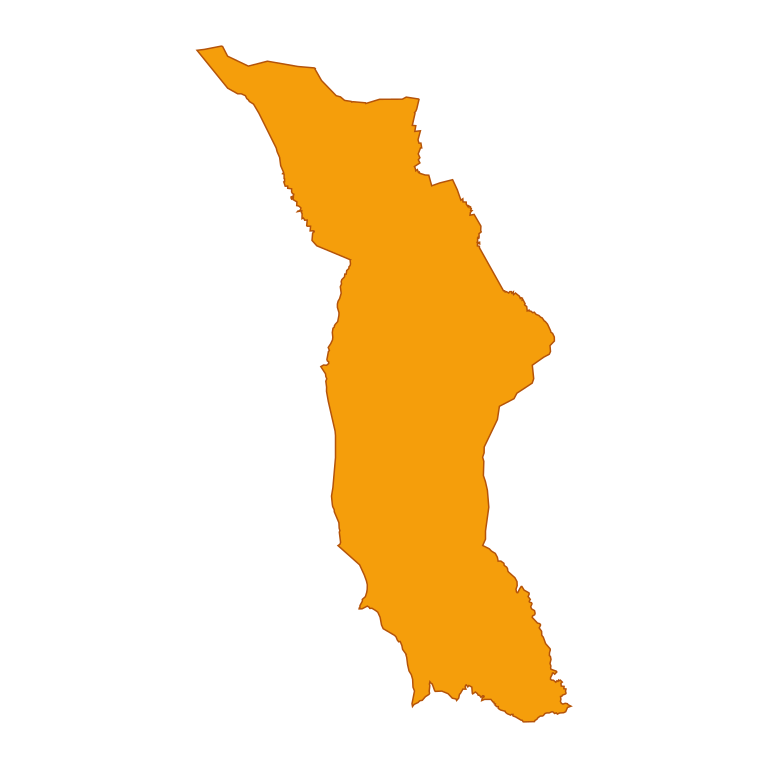 Queréndaro, Michoacán, Mexico (Equal Earth projection)
{"feature_id": "50627088B26818306159924", "entity_name": "Queréndaro", "entity_type": "district", "adm_level": 2, "iso_a3": "MEX", "parent_name": "Mexico", "parent_adm1": "Michoacán", "projection": "equal_earth", "projection_center": [-100.842, 19.727], "detail": "fine", "context": "isolated", "style": "filled", "palette": "amber", "viewbox_px": 768, "rotation_deg": 0, "n_neighbors": 0, "source": "geoboundaries", "source_scale": "gbopen_adm2", "svg_char_len": 6107}
<svg xmlns="http://www.w3.org/2000/svg" viewBox="0 0 768 768"><path d="M412.5,706.5L414.1,704.4L418.1,702.5L419.7,700.8L422.3,700.3L425.4,696.7L429.0,694.4L429.6,693.3L429.2,691.3L429.8,685.7L429.4,684.1L429.9,681.7L431.3,683.5L432.2,683.9L434.7,690.8L435.3,691.4L441.8,691.1L448.1,693.7L452.3,698.2L456.0,699.0L456.6,700.5L458.7,698.1L459.5,694.2L460.3,693.6L462.9,689.1L465.9,689.1L465.1,686.8L465.7,685.2L466.4,684.9L467.8,686.9L468.9,685.5L471.8,687.1L472.3,693.3L472.7,693.9L475.4,692.0L477.4,693.6L478.2,695.2L479.5,695.3L480.9,697.2L482.8,695.7L483.8,695.9L484.1,696.7L482.3,698.1L481.7,700.6L484.5,699.4L490.9,699.4L493.1,702.1L493.9,702.2L494.2,703.7L495.4,703.9L495.1,705.1L496.7,706.6L498.3,706.6L498.2,708.2L498.9,708.9L500.6,710.0L505.2,711.3L505.5,712.3L507.4,713.8L510.6,715.1L511.4,714.4L513.0,714.4L512.8,715.3L513.1,716.0L515.4,716.8L521.0,720.1L522.2,720.3L523.2,721.8L523.9,721.9L534.5,721.6L534.9,720.5L536.9,719.3L537.8,717.9L540.2,716.1L542.5,716.0L543.4,715.5L544.9,713.6L546.7,712.9L549.2,712.9L552.0,711.7L553.0,712.0L554.6,713.5L556.3,712.9L557.4,714.1L559.6,713.0L563.7,712.7L565.7,711.7L567.5,707.5L571.0,706.2L568.1,704.7L567.4,703.7L565.2,703.3L562.9,704.1L561.4,703.3L560.4,701.5L560.9,699.3L560.5,696.5L561.9,696.2L562.4,695.2L565.6,693.9L566.0,693.2L565.5,691.1L566.0,689.0L563.8,688.7L564.1,686.4L561.3,686.1L560.9,683.3L562.3,682.1L560.3,680.1L559.1,680.7L558.6,680.1L557.9,681.4L556.9,680.8L555.8,682.2L553.4,680.2L551.6,680.1L550.5,679.3L550.6,677.4L552.0,674.8L552.4,673.1L553.1,672.8L554.7,674.2L556.8,672.0L556.4,671.2L550.9,669.2L550.6,667.7L550.9,666.0L550.0,663.5L551.0,659.4L550.4,656.4L549.4,655.6L549.5,652.7L550.3,650.0L550.1,648.8L545.6,643.6L543.3,637.2L541.8,635.3L541.6,631.3L539.2,627.9L540.5,625.3L540.4,624.3L539.3,623.5L537.5,623.1L532.2,617.4L532.5,616.0L534.7,614.7L535.1,613.2L534.5,610.6L531.6,608.9L530.7,606.8L532.0,603.8L531.5,602.7L529.5,602.1L529.2,601.3L530.3,599.4L528.1,596.6L529.2,594.0L529.0,592.9L524.1,590.1L521.9,586.5L521.2,586.5L519.9,588.4L517.7,592.7L517.0,592.6L516.4,591.7L516.0,589.2L517.2,585.6L517.0,581.6L514.9,577.7L508.6,572.1L507.8,570.9L507.5,568.6L506.7,567.2L504.2,565.4L503.9,563.3L500.9,561.1L498.1,561.1L497.4,557.4L495.3,553.4L491.5,551.1L489.3,548.8L482.7,545.5L485.5,539.2L485.5,531.0L488.8,507.2L487.4,490.3L485.4,481.5L483.4,475.6L483.8,461.3L482.6,457.2L484.1,452.9L484.2,447.0L497.4,419.5L499.4,406.3L514.0,398.7L516.9,393.2L532.2,383.1L533.7,378.7L532.3,365.2L543.7,357.2L549.3,354.2L550.5,351.5L550.0,345.6L554.4,341.0L554.3,337.0L552.6,333.4L550.8,332.1L550.6,330.8L547.5,324.1L545.2,321.4L544.4,321.1L542.2,317.9L540.5,317.1L538.9,315.5L536.1,314.4L534.3,312.2L532.7,312.7L531.0,311.2L529.1,311.0L529.0,310.1L527.2,310.9L526.7,306.5L524.7,305.0L524.6,304.5L525.1,303.7L523.0,299.7L522.2,300.1L522.4,298.2L521.1,297.7L520.3,298.4L519.4,296.2L515.4,293.0L513.6,294.6L513.1,293.4L513.3,291.9L511.8,293.1L511.3,291.6L509.8,291.6L508.7,293.0L506.4,291.7L505.2,292.0L504.7,290.8L503.5,290.8L479.5,247.9L479.4,246.3L477.4,245.9L477.5,243.1L479.7,243.9L479.6,242.2L478.2,242.6L477.1,242.2L477.6,241.3L477.6,238.2L478.8,238.3L479.0,237.7L478.3,237.1L479.1,236.7L479.0,233.7L481.2,231.9L480.7,230.6L480.9,226.1L474.1,214.4L470.0,215.2L470.4,212.4L472.0,210.6L470.7,210.4L471.3,208.4L470.1,207.8L470.5,206.9L468.4,205.7L468.1,206.8L466.3,204.2L466.2,202.1L463.0,201.9L462.8,198.8L460.9,200.2L457.3,189.8L452.6,179.7L439.9,182.9L431.7,185.8L428.8,175.2L425.1,175.0L419.8,173.3L419.3,172.0L418.5,172.5L417.3,169.6L415.8,170.8L415.2,168.1L414.4,166.6L419.9,162.9L418.3,159.8L419.9,157.7L418.2,153.9L420.5,147.9L421.7,147.9L420.9,143.1L419.0,143.2L418.0,139.9L420.4,130.8L414.8,131.4L415.8,125.7L412.3,125.4L414.8,114.4L415.0,113.3L414.5,112.7L415.7,111.4L416.7,109.1L419.0,99.4L418.6,99.0L406.2,97.1L402.3,99.2L379.5,99.3L365.8,103.5L365.5,102.8L352.8,101.7L351.8,102.1L351.2,101.4L344.6,100.4L340.5,96.9L336.2,95.7L321.5,80.5L315.0,69.1L315.3,68.5L314.2,67.9L297.9,66.5L267.4,61.2L248.3,66.1L227.6,56.2L222.6,46.5L221.3,46.1L204.4,49.4L197.0,50.3L227.7,88.2L237.7,93.8L241.3,93.8L245.4,95.7L246.8,98.6L248.2,99.7L249.4,101.5L253.5,104.1L258.9,113.2L276.2,148.0L277.1,151.6L279.6,157.4L280.7,165.7L283.6,172.4L282.6,173.7L284.1,174.1L284.1,178.4L284.5,178.5L284.6,181.7L283.8,181.9L285.2,186.2L287.7,186.1L287.7,188.3L291.6,188.8L291.6,191.9L292.5,193.6L293.8,194.2L293.4,196.0L292.4,196.3L292.1,196.9L291.2,196.8L291.0,197.9L291.6,199.1L292.5,198.6L292.8,196.8L293.4,197.1L293.1,199.6L296.9,201.9L296.7,205.6L298.6,206.0L300.8,207.7L300.8,208.9L299.6,210.9L298.0,211.0L297.5,211.6L301.7,210.8L301.4,212.7L302.1,213.4L302.0,218.7L303.3,218.0L304.7,219.9L304.0,220.2L307.2,220.1L306.7,225.6L307.2,226.2L310.6,226.2L310.1,230.9L313.5,230.8L314.2,231.2L314.2,231.8L313.3,232.2L312.6,233.4L312.0,240.4L316.8,245.8L350.4,259.8L350.1,260.0L350.5,263.9L350.1,265.6L349.0,266.7L348.8,268.6L346.7,270.5L346.2,274.1L344.8,274.1L344.5,276.9L341.9,279.5L341.2,281.5L341.5,284.0L340.3,286.7L341.2,293.2L339.6,298.6L338.1,301.2L337.4,304.0L337.4,307.4L339.0,312.7L338.9,315.4L337.7,321.6L335.2,324.4L334.4,325.8L334.3,327.1L333.0,328.2L332.3,332.5L332.8,337.2L332.5,339.9L330.7,343.7L328.2,347.5L329.4,350.4L328.4,351.6L326.9,359.5L327.4,361.0L328.6,361.7L328.7,363.5L326.5,365.3L323.6,365.0L320.8,366.6L325.5,373.8L325.8,376.4L326.8,378.8L325.8,381.2L326.6,387.2L326.5,391.3L328.3,401.4L335.1,431.1L335.5,435.6L335.5,457.7L332.9,487.6L331.5,496.1L332.3,504.3L332.7,506.6L334.2,509.7L334.3,511.8L338.9,522.7L339.2,528.3L339.9,530.7L339.3,532.1L340.6,542.4L339.9,544.3L338.0,545.6L359.6,564.8L364.3,575.0L366.4,580.8L367.3,584.7L367.2,589.3L366.7,592.4L365.4,596.6L362.3,599.4L362.4,601.1L360.0,605.5L359.9,607.4L359.2,608.0L359.1,608.9L362.1,608.8L367.3,606.1L369.2,607.3L369.8,608.4L372.0,608.3L375.6,610.5L377.8,612.2L380.1,617.3L381.5,624.9L383.2,628.7L394.6,635.4L396.1,637.0L397.3,640.0L398.7,641.8L400.2,641.5L401.9,645.6L402.6,649.4L406.2,654.4L405.9,654.7L406.7,657.4L407.6,664.7L409.0,670.9L411.3,674.7L412.6,679.2L413.0,687.2L414.5,691.0L412.0,703.7L412.5,706.5Z" fill="#f59e0b" stroke="#b45309" stroke-width="1.5"/></svg>